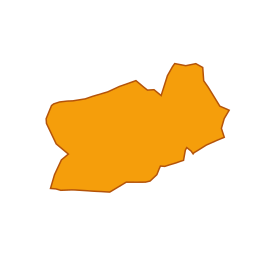 the district of Kateila, Southern Darfur, Sudan, rotated 61°
{"feature_id": "16777658B63879676437189", "entity_name": "Kateila", "entity_type": "district", "adm_level": 2, "iso_a3": "SDN", "parent_name": "Sudan", "parent_adm1": "Southern Darfur", "projection": "robinson", "projection_center": [24.324, 11.019], "detail": "fine", "context": "isolated", "style": "filled", "palette": "amber", "viewbox_px": 256, "rotation_deg": 61, "n_neighbors": 0, "source": "geoboundaries", "source_scale": "gbopen_adm2", "svg_char_len": 975}
<svg xmlns="http://www.w3.org/2000/svg" viewBox="0 0 256 256"><g transform="rotate(61 128 128)"><path d="M182.8,48.3L173.6,46.5L166.4,39.3L161.5,30.9L153.4,37.1L131.0,38.1L123.4,38.9L111.3,33.3L104.6,37.5L101.5,47.3L94.3,55.9L95.9,59.3L98.8,64.0L101.3,68.1L115.7,83.3L107.1,86.7L104.3,92.6L100.0,94.4L90.4,98.1L87.5,115.4L86.6,128.1L83.1,143.8L81.8,151.3L77.5,163.1L75.0,168.1L72.1,175.1L70.9,181.3L71.3,184.0L80.2,195.1L84.5,197.1L107.1,198.5L121.9,192.8L123.6,201.7L133.2,214.9L143.3,225.1L146.3,220.6L149.9,217.0L154.9,207.1L156.5,204.4L160.4,198.3L163.4,193.6L165.2,190.9L166.8,188.4L168.5,185.7L170.7,182.1L174.4,176.3L175.2,175.0L174.7,160.7L174.5,155.8L179.6,146.7L183.8,139.0L185.1,134.4L182.8,125.4L178.8,120.5L177.0,118.1L179.4,114.5L180.3,109.8L181.8,103.0L182.4,99.3L183.2,95.1L179.6,92.2L175.2,88.6L173.6,86.1L178.7,84.0L182.2,83.6L181.6,82.2L181.5,78.7L180.9,67.7L181.9,56.4L182.8,48.3L182.8,48.3Z" fill="#f59e0b" stroke="#b45309" stroke-width="1.5"/></g></svg>